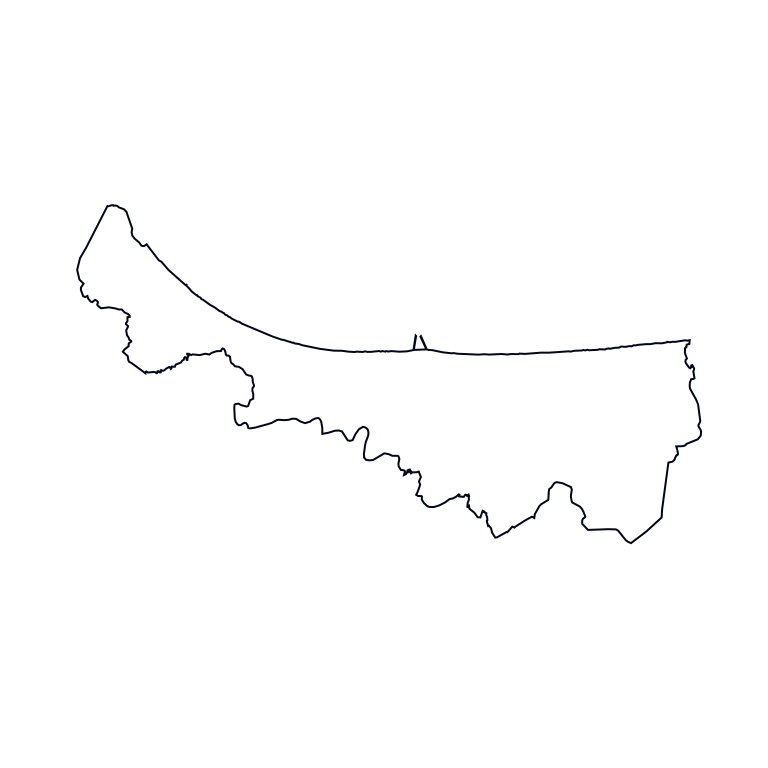 outline of Coatzacoalcos, Veracruz, Mexico, rotated 9°
{"feature_id": "50627088B21782109949998", "entity_name": "Coatzacoalcos", "entity_type": "district", "adm_level": 2, "iso_a3": "MEX", "parent_name": "Mexico", "parent_adm1": "Veracruz", "projection": "robinson", "projection_center": [-94.427, 18.137], "detail": "fine", "context": "isolated", "style": "outline", "palette": "ink", "viewbox_px": 768, "rotation_deg": 9, "n_neighbors": 0, "source": "geoboundaries", "source_scale": "gbopen_adm2", "svg_char_len": 6135}
<svg xmlns="http://www.w3.org/2000/svg" viewBox="0 0 768 768"><g transform="rotate(9 384 384)"><path d="M127.7,283.2L125.8,285.0L124.4,285.5L122.8,285.3L120.0,282.5L114.9,279.4L112.2,276.8L111.0,273.7L111.0,269.9L102.7,254.3L99.9,252.1L94.5,251.0L92.8,249.9L91.2,249.7L88.9,250.2L88.5,249.8L87.2,250.0L83.8,251.6L83.0,251.5L68.4,296.3L64.1,307.1L63.1,319.3L66.8,328.4L71.6,332.0L69.6,336.1L69.9,338.5L73.1,344.3L75.2,344.9L77.3,343.4L78.4,345.8L81.3,348.5L83.1,348.7L85.4,346.1L87.1,346.6L88.4,347.5L88.7,348.6L88.3,350.2L88.9,351.3L92.7,353.5L100.2,351.3L107.3,351.4L110.2,351.9L112.9,351.5L113.7,351.6L116.5,353.9L119.9,354.8L122.1,356.3L122.4,357.5L120.2,358.1L120.8,362.0L119.7,364.3L119.9,365.4L122.0,366.8L122.2,367.5L121.0,371.1L121.2,372.2L122.6,376.2L124.4,377.9L125.5,380.0L127.4,380.8L127.8,381.7L125.8,383.5L125.5,384.3L125.9,386.6L122.4,390.3L121.0,393.0L126.4,396.4L127.8,400.6L128.7,401.9L131.4,402.8L146.7,410.7L146.6,409.6L147.3,408.8L149.0,409.6L154.0,408.3L156.2,408.1L157.8,408.9L158.2,408.6L158.3,407.0L159.0,406.6L160.5,407.6L161.5,407.5L161.8,406.8L161.3,405.6L161.6,405.2L163.6,405.5L164.7,405.0L166.5,402.8L169.0,400.9L169.7,400.8L171.1,402.5L171.5,402.1L171.7,400.0L174.7,399.7L175.3,397.4L180.1,394.5L181.1,392.4L182.5,391.2L182.4,389.9L183.1,388.6L184.4,388.7L185.3,391.0L186.0,391.0L185.9,388.2L186.7,386.3L185.0,385.6L184.9,384.9L186.7,384.7L189.0,385.6L190.3,384.7L197.4,384.3L202.6,382.1L206.9,382.2L208.9,380.2L213.7,377.7L217.8,377.0L218.3,375.2L219.1,374.2L220.1,374.3L220.9,374.8L222.2,376.9L223.3,379.8L224.3,380.5L226.1,380.3L227.6,381.2L229.0,385.8L230.2,387.3L232.3,388.3L234.0,389.8L238.2,389.8L242.0,391.5L246.3,396.1L249.3,396.8L251.2,396.7L252.3,397.2L253.4,399.3L254.0,402.4L255.8,405.7L255.9,406.6L254.8,408.6L254.8,409.3L255.2,411.6L256.5,414.4L257.1,419.0L254.3,421.0L253.3,426.8L251.8,427.8L246.2,427.2L243.4,426.2L240.5,427.0L239.6,428.0L239.8,430.7L242.0,441.4L243.5,444.6L245.5,446.7L247.0,447.4L249.0,447.0L251.1,444.9L252.4,444.2L253.9,444.2L255.5,445.7L256.9,448.7L258.3,448.9L263.6,447.2L275.8,441.7L279.3,439.9L283.8,436.4L285.6,435.8L291.1,435.3L295.1,434.4L298.9,432.6L302.8,432.2L307.5,434.2L312.1,435.0L316.7,432.9L318.6,430.8L321.4,428.9L324.0,427.9L324.9,428.0L326.5,429.2L327.9,431.1L329.9,437.0L330.9,442.9L336.6,440.9L342.9,437.8L346.7,437.0L350.0,437.5L356.9,445.3L359.2,445.5L361.8,444.4L363.5,438.3L366.3,432.6L369.9,429.6L371.0,429.6L373.4,430.2L375.2,431.8L376.2,434.2L376.5,437.2L375.1,444.2L374.9,447.2L375.1,456.2L375.9,459.8L378.1,461.7L381.6,461.7L385.2,460.7L395.1,452.5L399.4,452.5L403.4,453.6L408.6,452.8L409.6,453.1L410.9,455.6L410.7,460.5L411.4,463.1L414.1,466.2L417.0,466.1L418.4,466.9L418.0,470.8L419.9,469.4L420.5,467.9L421.2,467.6L420.7,466.4L420.8,465.6L422.2,464.6L422.9,464.4L423.5,465.1L422.6,466.6L423.3,466.9L424.0,466.0L424.9,466.4L423.9,467.3L424.6,468.0L426.0,466.8L429.8,466.1L432.0,465.1L435.0,470.1L433.8,474.8L435.5,477.9L434.0,485.7L433.1,488.4L435.2,489.3L438.6,488.8L439.1,489.4L439.4,492.2L442.1,495.4L446.0,497.9L447.9,498.3L452.3,497.8L457.5,495.3L462.9,491.4L466.8,487.4L469.8,486.3L472.7,484.2L475.0,481.4L475.8,481.6L475.7,483.3L480.4,483.0L481.4,480.9L482.0,480.6L483.2,481.3L483.4,480.6L484.1,480.7L484.8,481.5L485.1,480.5L485.7,481.6L485.4,482.7L486.0,484.9L485.3,488.1L485.5,492.3L485.9,492.4L486.9,491.0L487.9,493.8L493.3,496.9L497.3,500.9L500.1,500.7L501.2,493.8L503.0,494.3L502.9,495.0L505.3,495.6L505.5,497.5L506.7,499.3L507.4,502.5L507.0,502.9L507.3,504.2L509.1,508.0L509.8,507.5L512.3,509.8L514.1,514.0L517.9,518.3L519.6,517.8L528.2,511.0L528.9,511.2L533.1,504.9L535.4,505.4L535.8,504.6L545.2,496.3L550.9,491.9L553.4,492.8L553.3,489.1L556.5,480.4L558.0,478.2L564.1,473.0L564.4,472.0L563.6,465.1L563.6,461.9L565.4,460.2L567.3,456.0L568.5,454.6L570.0,453.9L576.0,454.1L584.8,456.6L586.0,458.9L586.1,465.7L587.5,469.9L588.5,471.6L596.4,474.3L598.8,476.2L600.6,478.4L603.6,483.5L603.4,484.3L601.7,485.7L601.1,487.6L601.6,491.1L608.4,496.2L628.3,492.3L635.9,491.3L638.2,492.2L647.1,500.3L649.6,501.7L652.9,502.5L666.2,488.6L679.1,472.4L678.3,464.4L677.2,417.1L681.1,415.6L682.8,413.4L683.0,411.6L684.1,408.5L684.8,408.4L685.3,407.1L684.3,403.9L682.4,399.9L688.1,398.8L690.3,398.0L691.4,397.2L692.2,395.8L702.5,389.6L704.9,385.5L704.7,381.5L704.1,380.1L701.2,376.6L701.0,375.4L702.0,372.5L702.0,370.5L697.4,355.0L694.6,350.4L687.0,340.7L686.3,338.6L685.9,334.7L686.6,331.2L688.5,330.7L689.8,329.8L687.5,323.1L687.9,322.0L687.9,320.2L686.6,318.3L686.0,318.7L685.5,317.1L684.6,317.6L684.6,319.7L683.9,320.6L682.7,320.0L678.7,315.9L678.2,314.6L678.2,313.1L679.2,311.5L676.4,306.4L675.7,301.6L676.3,300.4L676.9,300.4L676.8,297.8L679.3,296.7L679.1,292.9L676.5,293.8L674.7,293.7L664.5,297.0L662.8,297.0L659.9,298.1L657.2,298.0L657.0,298.5L652.3,300.3L645.8,301.2L640.7,303.0L636.3,303.7L628.1,305.8L626.6,306.5L624.5,306.7L622.7,308.1L621.0,308.0L616.9,309.5L612.4,309.9L610.5,311.3L606.9,312.0L601.4,313.9L600.5,313.7L598.0,314.5L597.1,315.3L591.4,316.0L589.3,316.9L581.2,318.6L579.6,318.3L577.7,319.3L575.5,319.2L574.4,319.9L566.5,321.5L563.3,322.8L561.0,322.9L542.3,327.2L533.7,328.6L518.6,332.2L513.1,332.8L511.9,333.5L504.4,334.6L501.7,335.5L495.3,336.0L483.2,338.5L478.4,338.9L472.8,340.2L451.9,342.6L447.5,342.6L446.3,343.1L437.2,343.5L425.9,343.0L422.8,343.4L420.8,343.1L413.0,330.9L412.6,331.5L420.5,343.2L408.1,345.7L408.2,331.6L407.7,331.2L407.8,345.9L401.4,348.2L394.0,349.7L386.5,350.3L382.8,351.3L381.1,351.1L380.3,351.8L377.0,351.7L375.9,352.5L374.0,352.2L366.5,354.2L362.6,354.9L360.4,354.7L357.9,355.7L352.0,356.3L350.0,357.0L344.1,357.6L336.8,357.8L329.4,358.9L315.6,359.3L297.2,358.5L293.7,357.8L289.3,357.9L288.3,357.3L287.5,357.6L278.2,356.2L275.9,356.2L266.3,354.5L234.5,346.7L231.2,345.2L229.9,345.3L223.6,343.3L221.2,342.0L219.8,341.8L218.5,340.8L216.4,340.4L214.6,338.9L213.0,338.6L212.1,337.9L210.4,337.8L204.9,334.9L199.7,333.0L192.1,329.1L190.5,328.8L189.3,327.5L186.2,326.4L185.4,325.5L184.2,325.3L180.0,322.9L178.4,321.7L178.5,321.0L178.3,321.4L173.2,317.5L174.0,316.2L173.1,317.3L172.1,317.1L153.6,305.3L145.1,298.1L142.3,297.1L127.7,283.2Z" fill="none" stroke="#020617" stroke-width="2"/></g></svg>